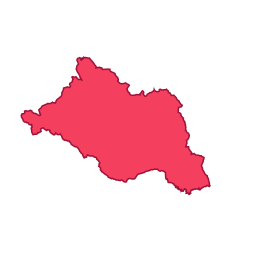 outline of Bagua, Amazonas, Peru, rotated 299°
{"feature_id": "86281439B42703841252030", "entity_name": "Bagua", "entity_type": "district", "adm_level": 2, "iso_a3": "PER", "parent_name": "Peru", "parent_adm1": "Amazonas", "projection": "orthographic", "projection_center": [-78.445, -5.117], "detail": "fine", "context": "isolated", "style": "filled", "palette": "rose", "viewbox_px": 256, "rotation_deg": 299, "n_neighbors": 0, "source": "geoboundaries", "source_scale": "gbopen_adm2", "svg_char_len": 5786}
<svg xmlns="http://www.w3.org/2000/svg" viewBox="0 0 256 256"><g transform="rotate(299 128 128)"><path d="M172.7,164.5L174.2,164.4L174.2,163.3L175.1,161.3L175.2,160.7L176.2,159.8L176.7,156.8L177.8,155.6L178.9,152.1L177.6,150.5L177.6,149.9L179.0,147.8L178.6,146.2L179.9,145.4L180.0,144.2L180.6,142.9L179.8,142.3L178.3,140.2L177.5,138.6L177.6,137.5L176.9,136.8L176.6,137.2L175.6,137.4L174.1,136.5L173.5,134.7L173.8,132.8L174.3,132.2L172.8,132.7L172.1,131.9L170.3,131.2L169.5,130.0L167.8,129.2L166.9,128.4L166.1,128.7L165.4,128.6L164.3,128.0L164.1,127.7L164.2,127.0L165.0,124.8L166.6,124.7L167.4,123.6L167.6,122.8L166.7,122.3L165.9,122.4L163.9,122.0L162.8,122.3L162.9,121.6L162.1,121.0L161.3,119.1L160.0,118.0L158.4,115.4L158.2,114.3L158.6,112.7L159.4,112.5L159.7,110.4L160.5,109.7L160.9,108.5L162.5,108.2L164.7,108.2L165.8,108.5L166.3,107.7L166.0,106.0L166.3,104.1L165.1,103.0L163.9,101.5L163.5,100.7L163.2,99.0L164.0,96.4L164.6,95.9L165.0,96.3L165.4,96.2L166.1,95.8L166.3,95.2L167.2,94.4L167.4,93.0L168.2,91.1L168.8,90.9L169.2,90.4L169.4,89.7L169.1,86.3L169.2,84.8L169.9,84.0L170.6,83.7L169.7,81.8L166.8,77.2L167.9,75.9L167.3,74.8L167.4,73.7L166.8,73.3L166.4,72.3L165.0,70.9L166.4,70.2L166.9,68.7L168.6,65.5L168.6,64.7L169.2,63.9L169.4,62.7L170.5,60.4L169.9,59.5L169.2,57.0L168.5,55.7L168.4,55.1L167.8,55.5L167.3,55.4L167.3,54.3L167.0,54.0L166.3,54.1L165.8,54.7L165.1,54.7L164.8,54.4L164.7,53.8L165.0,53.3L166.1,52.7L166.1,51.6L165.0,50.8L164.8,50.5L164.0,50.2L163.5,50.1L162.4,50.6L162.1,50.9L161.9,51.5L159.8,53.7L157.9,53.2L157.0,53.4L154.6,54.1L154.0,54.6L153.8,55.1L153.3,55.5L152.3,56.9L151.4,58.8L149.6,61.1L149.0,61.6L148.7,62.6L147.6,64.2L147.3,62.5L146.5,61.4L146.8,59.6L147.6,57.7L146.4,56.6L146.1,54.7L145.9,54.5L145.3,54.3L143.9,56.4L143.1,56.2L141.5,56.8L139.7,56.1L138.9,55.5L138.5,55.5L137.7,55.9L136.7,57.5L135.0,57.1L134.8,56.7L134.7,55.3L131.7,52.3L129.9,53.0L126.5,53.1L125.5,53.9L123.2,54.2L122.0,53.8L121.5,53.2L120.6,53.2L118.8,52.2L117.2,52.0L114.8,52.4L114.5,52.3L114.3,51.0L113.7,50.2L113.9,49.4L113.3,49.3L111.3,47.7L110.5,45.8L109.9,45.6L105.7,42.3L102.8,42.1L102.2,41.6L100.6,41.2L99.0,42.8L98.8,43.3L97.8,43.8L97.7,44.9L97.2,45.1L96.5,45.1L96.0,44.6L95.8,43.1L96.0,41.1L95.7,39.4L95.0,38.3L95.3,37.8L95.5,36.3L96.3,35.6L96.2,34.0L94.6,33.0L94.1,32.2L93.5,30.1L93.1,29.6L92.5,29.4L91.6,30.2L90.1,30.1L89.1,28.5L88.4,28.4L87.2,28.6L85.6,29.9L85.2,31.1L83.6,32.9L83.2,33.9L83.1,34.7L83.8,36.3L83.5,37.1L83.8,37.5L84.1,38.5L83.1,39.8L83.6,41.2L84.2,41.7L84.2,42.2L83.2,42.4L83.0,43.2L82.2,43.7L81.2,43.3L80.2,43.8L79.9,44.6L79.1,44.9L77.8,45.8L76.7,47.2L76.1,48.3L77.4,49.4L77.9,50.6L78.4,51.1L79.2,51.6L80.3,51.4L80.6,52.3L82.3,53.4L82.9,53.7L84.1,52.5L84.9,52.1L87.1,53.7L86.4,55.6L86.5,57.1L86.2,57.9L86.7,58.3L87.5,58.4L88.1,60.5L87.9,60.9L87.2,61.1L86.8,61.6L86.2,63.5L86.0,66.4L86.7,67.2L88.7,67.2L88.2,68.4L88.2,70.0L89.4,71.6L89.9,71.7L88.6,74.1L87.2,75.6L86.5,77.3L86.7,78.2L86.6,78.8L87.3,79.8L87.4,81.8L88.1,82.8L87.5,83.6L87.2,85.2L86.2,86.3L85.9,90.1L86.0,91.1L86.6,91.4L86.7,91.8L86.0,94.3L85.2,96.1L84.6,96.5L83.3,99.3L83.1,101.0L81.6,102.4L81.5,103.1L81.1,103.3L80.6,104.1L80.7,104.3L81.3,104.4L81.6,105.1L82.6,105.9L83.5,105.5L84.6,105.6L85.0,105.8L84.7,107.3L85.4,109.1L86.3,110.2L86.4,111.4L86.2,112.8L86.6,113.5L86.7,114.8L86.5,115.1L85.6,115.6L85.0,118.2L83.9,120.1L83.0,120.3L82.5,120.1L81.8,120.7L80.3,120.9L80.3,121.7L79.7,123.5L78.7,123.7L77.9,124.3L77.7,125.6L77.0,126.0L77.1,127.9L76.5,129.4L76.5,131.1L76.2,133.4L75.4,134.6L75.7,138.3L76.3,138.4L76.3,140.2L76.8,141.3L76.7,142.8L77.2,143.5L78.2,146.8L78.7,147.0L79.7,147.8L79.0,150.4L79.7,152.4L80.8,152.7L81.4,152.4L81.9,152.4L82.8,152.6L84.5,153.5L85.5,156.6L86.6,158.3L87.7,158.6L91.7,158.9L92.5,159.3L96.7,163.5L99.0,164.9L101.0,167.4L102.9,168.3L103.0,169.3L104.7,171.0L105.7,172.9L106.3,173.6L105.8,175.3L105.7,176.6L105.9,177.2L106.9,177.9L107.2,178.3L107.5,180.9L107.2,182.3L102.6,185.2L101.7,186.4L102.4,187.1L100.7,188.9L100.1,189.2L99.9,189.6L100.4,190.8L101.0,191.4L100.8,191.8L101.1,192.3L101.3,193.0L101.0,194.8L101.3,195.1L100.5,196.1L100.3,196.9L100.8,197.7L99.2,198.3L99.1,198.9L100.6,199.7L100.9,200.1L100.7,200.6L99.9,201.2L99.6,200.6L99.2,200.5L98.9,200.8L98.8,201.7L99.5,201.6L99.7,201.9L99.1,202.5L99.3,203.4L98.8,204.2L99.0,204.4L99.5,204.1L100.1,204.2L100.2,204.4L99.5,204.5L99.1,205.0L98.6,205.2L99.6,205.7L99.2,206.5L99.4,206.9L100.5,206.8L101.4,207.2L101.9,207.0L101.9,207.7L102.4,207.5L102.6,207.9L101.6,209.5L100.5,209.5L100.4,210.3L99.1,210.5L100.3,212.3L100.1,212.7L99.6,213.0L99.6,213.7L101.2,214.5L101.5,213.8L101.9,213.5L102.5,213.8L104.0,213.3L105.1,213.9L105.3,214.1L105.0,214.4L105.2,214.8L106.0,215.0L106.9,215.7L107.1,216.0L107.0,216.6L108.0,217.4L108.4,218.4L108.4,219.1L109.7,219.2L108.6,220.4L108.8,220.9L109.4,221.2L109.9,221.1L111.0,221.6L113.8,223.2L114.4,224.1L114.4,224.4L116.1,225.1L116.1,226.6L116.6,227.3L116.5,227.6L117.4,227.6L118.2,226.3L119.4,225.9L120.6,224.4L121.7,223.7L122.1,223.1L122.8,222.6L123.6,221.1L124.6,220.6L124.5,219.9L125.0,217.8L127.5,214.1L127.8,213.1L129.0,212.7L130.5,210.5L135.5,209.9L136.5,209.4L137.6,209.4L139.1,208.7L138.8,206.4L139.3,205.5L138.5,204.6L138.5,203.1L137.3,200.7L137.7,198.1L137.0,197.7L136.7,197.1L135.6,196.1L137.1,195.8L137.5,195.4L138.0,193.8L139.4,191.2L139.7,190.8L140.8,190.4L141.0,190.1L140.0,188.1L139.6,187.7L142.0,187.0L143.4,186.9L145.6,185.2L146.8,185.9L149.0,185.9L151.3,185.2L152.7,183.4L152.6,182.6L153.0,180.9L153.9,180.2L153.9,179.5L154.4,179.5L154.9,178.9L156.6,178.3L157.8,177.1L158.6,176.9L159.8,175.3L160.8,175.0L160.9,174.2L161.6,173.4L162.0,172.3L163.5,171.7L164.1,169.0L164.6,168.6L164.6,168.2L165.3,167.9L166.0,167.3L166.3,166.2L166.0,164.8L166.2,164.2L170.2,162.4L171.0,162.7L172.2,164.2L172.7,164.5Z" fill="#f43f5e" stroke="#9f1239" stroke-width="1.5"/></g></svg>